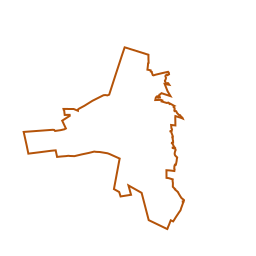 Alexandria, Teleorman, Romania, rotated 31°
{"feature_id": "2599482B3696465031488", "entity_name": "Alexandria", "entity_type": "district", "adm_level": 2, "iso_a3": "ROU", "parent_name": "Romania", "parent_adm1": "Teleorman", "projection": "robinson", "projection_center": [25.389, 43.982], "detail": "fine", "context": "isolated", "style": "outline", "palette": "amber", "viewbox_px": 256, "rotation_deg": 31, "n_neighbors": 0, "source": "geoboundaries", "source_scale": "gbopen_adm2", "svg_char_len": 3258}
<svg xmlns="http://www.w3.org/2000/svg" viewBox="0 0 256 256"><g transform="rotate(31 128 128)"><path d="M40.6,185.1L46.1,190.9L50.0,195.0L55.8,201.3L64.1,194.8L73.2,187.6L75.3,186.0L77.1,184.7L77.5,184.4L82.1,189.3L85.3,186.9L89.5,183.9L91.1,182.6L92.8,181.8L96.6,179.7L101.9,174.5L107.1,169.7L111.2,165.6L112.9,164.9L116.2,163.1L123.5,160.2L125.7,159.8L130.7,159.2L136.6,158.5L137.2,160.2L147.4,187.6L153.4,187.4L156.9,190.5L165.0,183.7L158.0,177.0L171.8,176.6L173.1,176.6L193.2,196.3L213.7,194.4L213.7,194.2L213.7,193.8L213.3,192.2L213.2,191.3L213.0,189.7L212.7,188.2L212.4,186.4L212.2,185.1L214.8,184.8L214.9,182.7L214.9,180.5L215.0,178.2L215.2,173.9L215.4,171.7L215.3,171.1L215.0,169.9L214.8,169.2L214.6,168.0L214.1,165.5L213.9,164.5L213.7,163.4L213.7,163.0L213.6,162.9L213.4,163.0L213.1,163.1L212.9,163.1L212.8,162.9L213.2,162.8L213.4,162.6L213.6,162.5L213.4,161.9L213.3,161.2L213.2,161.1L213.0,160.9L212.8,160.9L212.5,160.8L212.1,160.8L211.5,160.7L210.0,160.5L209.6,160.4L209.4,160.3L208.5,159.8L207.6,159.4L207.1,159.1L206.6,158.8L206.3,158.7L204.6,157.7L204.4,157.6L204.1,157.5L204.0,157.4L203.9,157.2L203.2,157.1L202.0,156.8L201.0,156.7L199.9,156.5L199.9,156.1L198.1,155.7L196.7,155.3L194.8,152.0L193.4,150.3L192.8,149.0L190.8,149.5L188.8,150.0L186.7,150.9L182.7,144.4L185.4,143.0L187.6,142.0L189.9,141.0L189.7,140.5L189.4,140.0L189.3,139.5L189.0,139.2L188.6,139.1L188.4,138.6L187.4,136.8L187.4,136.3L187.7,135.6L186.4,135.3L187.7,135.0L187.8,134.4L187.7,134.1L186.7,131.3L186.2,130.2L185.9,129.6L185.3,127.9L183.4,127.5L182.5,127.2L181.7,126.6L181.1,125.8L180.7,124.8L180.2,123.1L180.3,122.8L180.0,122.1L179.1,121.5L176.6,122.1L176.4,121.8L177.9,120.6L176.8,120.2L175.8,119.5L174.6,118.9L173.9,118.3L172.6,118.5L174.2,117.3L173.1,115.6L172.4,115.0L171.2,113.0L170.8,113.2L170.7,113.0L171.0,112.8L170.9,112.3L170.5,111.9L166.6,108.8L166.1,109.0L166.0,108.7L167.0,108.2L166.9,107.9L166.4,106.4L165.4,105.9L163.4,103.2L167.3,101.4L164.9,97.5L163.0,94.5L162.5,93.4L166.1,92.5L167.6,92.1L170.1,91.7L169.4,91.2L167.3,90.8L166.3,90.3L165.9,90.2L165.0,90.6L162.4,89.9L162.2,89.8L160.7,88.8L159.9,89.0L159.5,89.5L158.9,89.4L158.5,88.8L158.3,87.7L157.9,87.3L157.6,86.9L156.6,86.7L156.3,86.6L156.1,86.4L155.9,85.8L156.3,85.2L151.7,85.4L151.4,86.0L151.1,86.0L150.4,85.5L149.4,85.5L148.5,86.5L146.7,87.0L143.2,87.9L143.2,86.7L141.8,86.9L137.0,90.0L136.2,87.6L136.4,86.3L136.6,85.9L138.2,86.6L139.6,85.4L138.6,84.5L137.9,84.9L137.8,83.3L138.0,83.2L138.8,80.9L148.0,78.8L143.0,76.1L136.8,71.4L141.1,69.7L139.4,68.9L138.9,69.1L138.8,69.6L138.1,69.9L137.2,70.0L136.6,69.4L135.9,69.2L135.2,68.3L135.3,67.3L134.8,65.5L133.4,64.4L133.2,63.6L133.9,62.1L134.7,62.3L135.5,60.8L134.5,59.6L133.4,59.2L129.2,63.2L124.6,67.7L124.2,68.1L122.8,69.7L122.0,69.9L120.1,68.4L119.4,67.6L118.4,67.9L117.7,66.9L114.6,68.0L112.9,64.2L111.9,62.2L112.1,62.0L112.2,61.7L111.9,61.2L110.1,58.5L107.8,54.7L85.0,60.2L83.6,60.6L85.3,68.4L88.0,80.2L90.1,89.4L94.7,109.1L93.6,110.6L91.7,111.4L90.5,112.2L90.0,112.7L83.5,123.0L79.2,131.4L76.1,136.6L75.6,137.9L76.2,139.0L71.6,139.7L62.9,144.9L63.3,145.3L63.6,145.0L67.0,149.4L71.2,146.8L71.8,147.6L67.8,155.6L75.0,160.4L74.1,161.9L71.4,164.5L67.0,168.1L65.7,167.7L64.4,168.3L40.6,185.1Z" fill="none" stroke="#b45309" stroke-width="2"/></g></svg>